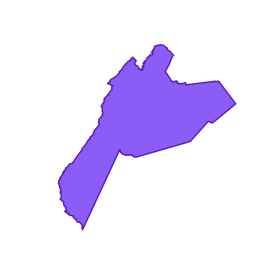 the district of Kitui South, Eastern, Kenya, rotated 53°
{"feature_id": "3690345B12410627224170", "entity_name": "Kitui South", "entity_type": "district", "adm_level": 2, "iso_a3": "KEN", "parent_name": "Kenya", "parent_adm1": "Eastern", "projection": "equal_earth", "projection_center": [38.343, -2.253], "detail": "fine", "context": "isolated", "style": "filled", "palette": "violet", "viewbox_px": 256, "rotation_deg": 53, "n_neighbors": 0, "source": "geoboundaries", "source_scale": "gbopen_adm2", "svg_char_len": 5644}
<svg xmlns="http://www.w3.org/2000/svg" viewBox="0 0 256 256"><g transform="rotate(53 128 128)"><path d="M173.5,27.4L145.2,27.5L144.0,29.5L143.2,30.2L128.7,55.3L128.4,55.7L127.9,55.9L127.7,55.6L127.3,55.5L127.0,54.9L126.4,54.8L126.0,56.5L125.7,56.7L125.4,57.1L125.3,58.1L124.9,58.6L124.3,58.8L123.9,59.8L123.9,60.4L123.7,60.9L123.4,60.9L123.0,60.5L122.7,60.7L122.7,60.9L122.4,61.2L121.8,61.7L121.7,61.7L121.5,61.1L121.1,60.9L120.8,61.0L120.6,60.8L120.3,60.9L119.9,60.8L119.5,61.1L119.2,62.2L119.0,62.7L118.7,63.0L118.5,63.4L118.7,63.6L118.7,63.9L117.8,64.7L117.6,64.7L117.3,64.5L117.0,64.6L116.9,65.0L116.2,65.3L114.6,64.7L105.3,64.2L103.4,60.0L103.2,59.5L102.5,58.2L102.0,56.8L99.7,53.1L99.3,52.7L99.0,51.9L98.1,50.5L97.5,48.9L97.3,48.0L91.7,48.4L90.8,49.0L89.3,49.4L88.9,49.4L88.1,48.7L87.9,48.6L84.8,49.7L83.1,49.9L81.6,51.7L81.3,51.7L80.9,52.4L80.8,53.0L80.5,53.2L79.9,54.5L79.7,54.6L79.5,55.0L79.4,56.0L78.8,57.6L79.5,57.9L79.5,58.4L80.0,58.6L80.3,59.2L80.3,59.9L80.6,59.8L80.9,60.1L81.0,60.5L80.8,61.1L81.0,61.4L81.0,62.0L81.3,62.1L81.7,61.9L82.0,62.2L81.9,62.6L82.0,62.8L81.8,63.2L81.7,63.7L82.3,63.6L82.6,63.3L82.9,63.4L83.0,63.7L83.9,63.4L83.8,63.8L84.0,63.9L84.2,64.7L84.0,65.6L83.7,66.1L82.9,66.0L82.9,66.4L83.1,66.4L83.0,66.9L83.3,67.1L83.3,67.5L83.6,67.6L83.8,67.9L83.3,68.7L83.5,68.9L83.4,69.3L83.6,69.4L83.8,70.3L83.9,70.9L83.7,71.1L84.0,71.4L84.4,71.5L84.6,72.7L84.8,73.1L84.7,73.4L84.7,73.5L84.9,73.5L85.0,73.9L84.7,74.5L85.0,74.5L85.2,74.8L85.0,75.2L85.3,75.9L85.3,76.3L85.9,76.3L85.8,76.8L86.1,76.7L86.3,76.1L86.5,76.8L86.8,77.3L87.1,77.3L87.0,77.8L87.2,78.5L87.7,78.4L87.5,79.2L87.7,79.6L88.0,79.5L88.0,79.2L88.2,79.6L88.6,79.5L88.4,79.8L88.6,80.0L88.9,79.9L88.8,80.8L89.1,81.0L89.2,81.4L89.5,81.2L89.7,81.7L90.3,81.5L90.4,81.9L90.4,82.3L89.9,82.8L88.7,82.8L88.3,83.0L88.1,83.3L87.8,83.1L87.3,83.9L86.2,83.2L85.4,83.4L84.5,83.0L83.7,83.1L83.6,83.5L82.9,83.9L82.4,84.0L81.1,83.8L79.8,83.1L79.1,81.7L79.3,81.0L77.8,81.1L77.0,81.5L76.7,81.3L76.2,81.7L75.5,81.4L74.3,81.7L74.7,83.6L74.6,84.7L74.8,84.9L75.5,84.7L75.8,84.8L75.7,85.6L75.3,86.1L75.3,86.5L75.1,87.0L75.2,87.7L74.9,88.5L75.4,89.4L75.6,90.3L75.4,91.2L75.6,91.7L76.4,95.0L76.8,95.7L76.7,96.2L77.5,97.0L77.4,97.8L77.8,98.2L77.7,99.2L78.1,99.4L78.1,99.6L78.0,100.4L77.7,100.9L78.1,101.4L78.6,101.2L78.8,101.4L79.1,102.9L79.1,103.9L79.5,104.7L79.6,106.5L79.4,108.4L79.5,109.4L79.3,110.1L79.3,110.7L79.1,111.5L79.0,113.2L79.5,113.8L79.5,114.1L79.9,114.4L80.0,116.0L80.0,117.2L80.2,117.4L80.5,117.4L80.9,116.9L81.5,116.7L82.4,116.1L84.1,115.5L85.1,114.9L85.3,115.1L85.5,116.2L85.8,116.8L86.6,117.3L87.2,117.3L87.7,117.6L87.9,118.1L87.7,119.0L88.2,119.9L88.3,120.9L88.7,122.3L89.0,122.8L89.7,123.2L89.1,123.7L89.0,124.0L89.1,124.3L89.4,124.4L89.6,124.6L89.9,127.8L90.2,128.3L90.2,129.0L90.6,128.9L90.9,129.1L91.2,130.3L91.6,130.5L92.2,130.5L92.5,131.6L93.4,132.1L93.3,133.9L93.8,134.2L94.0,135.5L94.9,136.5L95.8,136.3L96.7,136.4L97.2,137.2L98.8,138.1L99.1,138.5L100.0,138.5L100.5,138.7L101.2,139.8L101.4,140.4L102.6,140.6L103.6,146.0L104.5,146.4L104.9,147.3L105.6,147.6L105.9,148.2L106.3,148.6L107.0,148.6L107.4,148.9L107.9,148.8L108.3,149.1L108.9,152.1L109.1,152.6L109.6,156.3L109.8,156.6L110.4,156.9L110.6,157.7L110.9,158.3L111.8,158.7L111.9,158.9L111.8,159.9L112.3,160.4L112.3,161.4L112.7,162.1L112.5,162.8L112.8,163.5L112.8,164.3L112.9,164.5L113.6,164.7L114.2,165.3L114.1,165.6L113.6,166.2L113.9,167.0L114.3,169.0L115.0,169.5L115.2,170.7L115.6,171.5L116.4,174.6L116.4,175.4L116.9,176.1L116.8,176.6L116.9,177.0L118.2,178.6L118.2,179.4L118.5,180.3L119.1,182.9L119.5,183.9L120.3,186.5L120.7,187.5L121.1,189.3L121.7,190.5L122.2,192.1L122.3,192.8L122.8,193.9L122.7,194.4L122.0,194.9L121.9,196.1L121.5,196.9L121.7,197.3L122.2,197.6L122.3,197.9L122.3,198.9L122.7,200.0L122.7,200.6L122.4,201.6L122.8,202.3L123.4,202.4L123.5,202.6L123.4,203.4L124.1,204.0L123.8,205.2L124.0,205.3L124.6,205.2L124.8,205.5L124.9,205.8L124.6,206.4L124.5,207.0L125.5,207.4L125.4,208.1L125.9,208.9L126.7,211.0L126.8,212.3L127.0,212.4L127.7,212.2L127.9,212.3L127.9,213.2L128.4,214.0L128.3,214.4L128.3,214.7L128.8,214.7L129.5,215.9L129.8,215.8L130.0,215.9L130.5,216.9L131.4,217.0L131.8,217.2L132.5,216.9L133.0,217.6L133.6,217.7L134.4,218.4L136.7,218.6L137.7,220.0L138.4,220.0L138.9,219.5L139.0,219.7L138.7,220.6L138.9,220.9L139.4,221.0L139.8,221.4L140.5,221.4L140.8,221.6L141.4,221.5L142.1,221.7L142.8,222.6L143.1,223.2L143.8,223.7L143.9,224.6L144.2,225.0L145.7,224.5L146.8,224.5L147.9,224.0L149.5,224.7L150.3,225.3L151.4,225.5L152.6,225.9L153.6,225.5L154.1,225.5L154.5,226.0L155.5,226.0L156.3,226.5L157.3,226.7L157.4,227.0L157.2,227.4L157.1,227.5L156.7,227.3L156.3,227.5L156.4,228.3L156.8,228.6L158.3,228.4L158.9,227.6L159.8,227.5L160.2,226.7L160.6,227.0L160.8,227.6L162.2,227.2L165.0,224.8L165.5,224.9L165.9,225.3L166.8,225.4L167.3,225.4L168.0,225.0L168.6,225.1L169.0,224.4L170.4,224.9L172.6,225.0L173.5,224.3L173.8,223.5L174.1,223.3L174.8,223.2L176.1,223.3L176.5,223.2L177.1,222.7L178.2,223.2L179.0,222.7L178.9,223.6L179.0,224.0L179.7,224.3L180.5,225.2L181.7,225.2L140.3,147.7L140.6,147.5L141.1,147.6L141.3,148.2L141.6,148.0L142.2,148.4L143.8,148.4L145.9,147.8L146.4,147.4L146.9,147.3L147.7,146.7L147.6,146.3L148.8,145.6L148.7,145.2L149.0,144.8L149.4,144.7L149.5,144.2L149.8,144.1L150.4,143.5L150.4,142.7L150.8,141.7L151.5,141.8L151.8,141.5L152.1,141.6L152.2,141.3L152.5,141.4L153.0,140.6L153.4,140.6L153.8,140.3L155.0,140.6L155.4,140.1L155.6,139.0L156.2,138.8L174.8,90.1L176.1,86.3L175.5,82.8L171.0,60.2L171.5,59.5L171.8,59.4L172.3,58.9L172.8,58.8L173.0,58.4L173.7,58.5L173.8,58.1L174.0,58.1L174.4,57.9L174.5,57.3L174.8,57.1L173.5,27.4Z" fill="#8b5cf6" stroke="#5b21b6" stroke-width="1.5"/></g></svg>